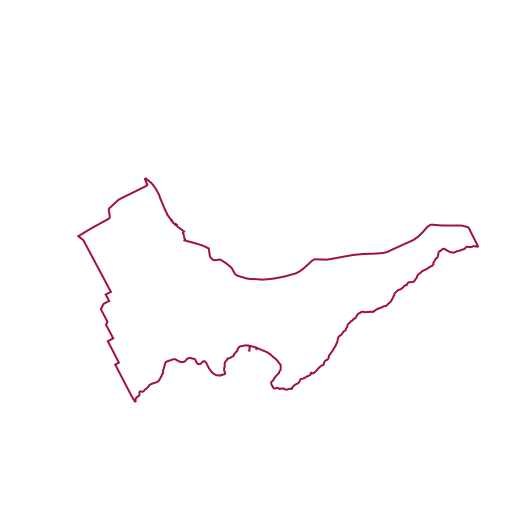 Waverley, New South Wales, Australia (Albers equal-area conic projection), rotated 52°
{"feature_id": "25037944B61039645174942", "entity_name": "Waverley", "entity_type": "district", "adm_level": 2, "iso_a3": "AUS", "parent_name": "Australia", "parent_adm1": "New South Wales", "projection": "albers", "projection_center": [151.276, -33.884], "detail": "fine", "context": "isolated", "style": "outline", "palette": "rose", "viewbox_px": 512, "rotation_deg": 52, "n_neighbors": 0, "source": "geoboundaries", "source_scale": "gbopen_adm2", "svg_char_len": 6112}
<svg xmlns="http://www.w3.org/2000/svg" viewBox="0 0 512 512"><g transform="rotate(52 256 256)"><path d="M296.3,440.3L295.9,440.2L294.9,439.3L294.6,438.7L294.2,438.1L294.0,437.6L294.2,436.7L293.8,436.1L294.0,435.5L294.1,434.8L294.1,434.0L293.9,433.6L292.1,432.1L291.3,431.2L291.5,430.4L292.9,429.3L293.3,428.6L293.3,427.4L292.9,425.5L293.1,422.9L292.8,422.2L292.7,421.0L292.2,420.1L292.2,418.6L292.3,417.9L292.6,416.8L293.0,415.3L294.1,412.6L294.3,411.6L294.5,410.2L294.3,408.8L292.1,403.8L291.4,403.0L291.3,402.3L291.0,401.1L290.9,401.0L289.4,400.2L289.1,399.9L288.4,398.6L287.9,398.1L286.8,396.4L284.3,393.2L284.1,392.6L284.1,391.9L284.5,390.4L285.3,388.2L286.1,385.9L286.6,384.5L287.1,383.8L287.7,383.2L288.3,382.9L290.3,382.2L293.3,380.5L294.3,379.2L295.1,377.8L295.2,376.6L294.6,373.6L294.9,372.2L295.5,371.1L296.6,369.9L298.0,369.0L299.3,367.8L299.7,367.7L300.5,367.7L302.7,368.3L303.9,368.5L304.9,368.3L305.8,367.9L306.4,367.2L306.8,366.4L306.8,365.5L306.6,363.7L306.5,362.5L306.6,362.1L307.0,361.6L308.3,361.1L309.8,361.0L314.2,362.0L316.0,362.2L318.8,362.4L321.4,362.2L323.2,361.8L325.0,360.9L326.1,360.1L326.7,359.4L327.2,358.6L327.9,358.4L328.2,357.9L328.2,356.9L328.8,356.4L328.9,356.1L328.7,355.7L329.7,354.0L329.8,353.4L329.7,352.7L329.4,352.6L325.9,351.2L324.4,349.6L323.5,348.4L321.8,347.3L321.2,346.7L320.6,345.8L320.1,343.7L320.0,342.7L319.3,341.8L319.5,341.0L320.1,340.3L320.2,339.9L320.4,338.8L320.4,338.1L320.6,337.6L320.6,336.3L320.8,335.9L320.9,335.2L320.7,334.7L320.0,334.1L319.8,333.6L319.7,332.1L319.3,330.5L319.3,329.5L318.1,327.8L317.3,325.3L317.3,324.8L317.6,323.8L318.4,322.4L319.9,319.4L320.9,318.1L322.9,316.2L326.4,319.6L326.5,319.5L323.3,316.3L323.7,315.8L323.6,315.7L326.8,313.2L328.6,312.0L329.3,313.0L329.5,312.9L328.7,312.0L333.2,309.6L336.4,307.7L338.7,306.5L342.2,305.3L346.8,304.5L348.8,303.9L351.3,303.6L354.1,303.7L356.3,303.6L357.1,303.7L360.5,306.3L360.7,306.5L361.3,308.4L362.3,309.9L363.0,314.7L363.4,316.0L363.5,316.9L363.6,317.2L364.3,318.3L364.7,320.5L364.7,321.4L365.0,321.9L366.3,322.7L367.2,323.0L368.0,323.2L368.9,323.0L369.9,323.5L370.9,323.5L371.6,323.1L372.0,322.7L372.4,322.1L372.7,320.9L373.2,320.1L373.7,319.8L375.4,319.3L375.6,318.8L375.9,317.8L376.5,317.2L376.7,316.6L377.2,315.9L377.5,315.8L378.1,315.7L378.5,315.6L379.9,314.4L380.4,313.8L380.7,313.1L381.0,311.7L381.5,311.0L382.3,310.2L382.7,309.5L382.7,309.2L382.1,308.9L381.9,308.5L381.5,305.4L381.6,303.8L382.1,301.5L382.0,300.0L381.6,298.9L380.9,297.5L380.5,296.5L380.7,295.8L381.4,294.9L381.6,294.3L382.1,292.3L382.1,290.6L382.7,288.8L383.1,286.8L383.1,286.3L382.7,285.3L381.9,284.9L382.1,284.2L382.5,284.1L383.5,283.5L383.8,283.0L383.7,279.0L383.0,276.7L382.7,274.0L382.7,272.7L382.9,270.9L383.3,269.9L381.3,266.8L381.1,265.9L381.6,263.6L381.4,262.3L381.2,261.8L380.7,261.1L379.8,260.3L379.5,259.9L377.9,254.3L376.6,251.2L376.0,249.1L374.2,245.8L374.1,245.1L372.9,243.9L370.9,241.3L370.6,240.8L370.4,240.1L370.4,239.1L370.6,238.7L370.5,236.8L370.2,235.8L369.6,234.3L369.5,233.0L369.6,230.9L368.5,229.5L368.2,228.0L366.8,226.3L366.4,225.5L366.3,224.8L366.3,223.6L365.9,221.5L366.0,220.3L366.3,219.8L365.8,218.4L365.8,217.3L366.1,216.6L366.1,216.0L365.9,215.6L365.6,214.5L364.6,212.0L364.4,210.7L364.9,209.4L365.0,209.0L364.8,207.9L365.1,207.3L365.9,205.7L366.1,205.7L366.9,205.3L368.2,203.6L368.5,202.9L369.4,202.0L369.7,201.2L371.1,199.3L371.8,198.8L372.1,198.2L372.1,197.8L371.9,197.3L372.2,197.0L372.1,196.5L372.3,195.8L372.3,194.1L372.4,193.0L373.0,191.8L372.9,191.0L373.4,190.0L373.7,188.6L374.1,188.1L374.2,187.5L374.1,186.6L374.6,186.0L375.0,184.9L375.3,184.6L375.4,183.9L375.4,183.2L375.1,181.5L375.1,179.8L374.7,177.2L373.7,175.1L373.0,173.3L372.3,172.5L372.1,171.4L371.1,170.3L370.7,169.6L370.6,168.8L370.6,167.6L370.3,165.4L370.5,164.5L371.1,163.0L371.4,161.4L371.3,159.7L370.9,157.3L370.9,156.7L371.0,156.3L371.7,155.5L371.6,154.8L371.1,154.1L370.9,153.3L370.7,152.8L370.7,152.1L370.9,151.5L371.3,150.8L372.9,148.8L373.1,148.3L373.3,147.5L373.2,146.7L372.1,142.9L370.8,140.9L370.6,140.1L370.5,139.0L370.5,136.9L370.3,135.1L370.4,133.8L371.4,129.5L371.5,127.2L371.7,125.8L371.8,124.2L372.2,123.3L372.2,123.0L371.7,121.2L370.8,120.7L370.4,120.2L370.1,118.9L369.0,116.7L368.8,115.9L369.0,114.7L368.8,113.8L367.7,112.5L367.2,111.5L366.2,110.7L365.7,110.1L365.4,109.5L365.2,108.8L365.6,107.5L365.4,106.1L365.4,105.2L365.8,103.7L366.1,103.3L369.7,101.9L372.3,100.7L374.1,99.2L375.0,98.1L375.6,96.8L375.8,95.4L376.2,94.2L377.4,91.8L377.7,90.2L378.7,87.7L378.7,86.9L378.4,85.1L378.5,84.3L379.1,83.4L380.2,82.6L380.8,82.0L381.6,80.4L382.1,78.7L383.2,77.2L384.7,76.2L385.1,75.5L385.1,75.1L364.6,71.0L363.0,71.8L362.3,72.4L358.9,74.9L354.5,80.4L353.7,81.5L346.0,91.2L339.5,98.2L338.9,99.3L338.5,102.7L339.8,109.5L340.6,116.6L340.3,122.2L334.7,145.2L333.7,149.9L331.8,154.2L326.2,162.5L322.8,167.0L320.2,170.6L315.0,178.8L309.5,189.2L303.6,200.5L302.2,202.8L295.7,210.6L294.6,212.2L294.2,214.1L295.1,225.8L295.0,230.9L294.2,235.3L290.2,245.1L285.4,254.7L283.6,257.7L282.1,260.2L278.8,265.2L277.7,266.6L277.0,267.2L272.8,271.9L271.0,274.3L267.6,277.5L260.0,282.8L258.4,283.4L257.3,283.6L254.3,283.2L251.1,282.6L250.0,282.6L243.7,283.9L238.8,285.6L236.8,286.4L236.2,287.1L235.2,289.0L233.9,291.2L232.7,292.2L229.4,292.8L228.5,292.7L226.9,292.0L220.9,288.5L220.3,289.0L217.0,290.5L213.8,292.4L208.9,295.8L199.7,302.7L199.4,301.7L198.0,301.6L195.5,300.2L193.7,299.6L192.8,299.4L192.4,297.6L184.8,299.7L182.7,300.0L182.7,299.3L181.4,299.5L181.6,300.4L178.9,300.8L178.7,300.6L176.0,300.9L175.9,300.3L173.2,300.6L169.4,300.5L168.6,300.4L168.6,300.2L163.7,299.2L163.7,299.3L149.8,295.4L148.9,294.9L142.4,293.7L141.6,293.8L139.9,293.5L135.3,293.4L133.6,293.6L127.1,295.1L126.9,296.1L133.0,297.8L133.3,299.0L127.4,327.5L127.1,329.7L127.2,331.7L128.1,342.4L128.9,343.6L135.2,347.1L135.8,347.8L135.9,348.6L135.9,349.6L132.7,369.4L131.0,383.8L136.9,382.4L137.7,382.4L194.9,392.4L193.8,398.2L201.0,399.3L199.9,405.6L202.4,411.0L216.3,413.5L217.6,416.0L217.7,416.5L233.0,419.2L231.9,425.2L255.6,429.7L254.9,433.8L290.5,440.4L296.1,441.0L296.3,440.3Z" fill="none" stroke="#9f1239" stroke-width="2"/></g></svg>